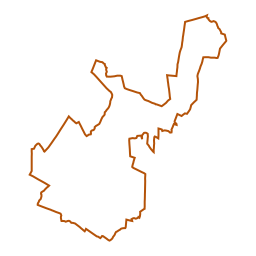 Rongai, Rift Valley, Kenya (orthographic projection)
{"feature_id": "3690345B22198050855445", "entity_name": "Rongai", "entity_type": "district", "adm_level": 2, "iso_a3": "KEN", "parent_name": "Kenya", "parent_adm1": "Rift Valley", "projection": "orthographic", "projection_center": [36.019, -0.061], "detail": "fine", "context": "isolated", "style": "outline", "palette": "amber", "viewbox_px": 256, "rotation_deg": 0, "n_neighbors": 0, "source": "geoboundaries", "source_scale": "gbopen_adm2", "svg_char_len": 5716}
<svg xmlns="http://www.w3.org/2000/svg" viewBox="0 0 256 256"><path d="M145.2,181.1L145.1,178.3L145.3,175.2L145.3,174.0L144.0,173.1L142.0,172.2L139.2,170.8L136.2,169.3L133.3,167.9L132.2,166.9L132.7,164.7L133.3,162.8L133.6,161.4L134.1,159.7L134.7,157.8L130.2,156.3L130.0,153.6L129.8,149.2L129.4,143.9L129.2,140.1L129.4,138.7L130.6,138.5L132.6,138.1L134.1,138.3L135.1,138.3L136.4,138.0L137.3,135.9L141.1,135.6L142.1,139.2L142.0,135.5L144.0,132.9L145.1,132.7L146.4,132.9L147.7,133.8L147.9,136.5L147.7,138.1L147.6,139.6L147.4,141.6L147.2,143.7L148.2,144.9L148.9,145.8L149.5,147.0L150.3,148.1L150.9,149.0L152.1,150.4L153.0,151.5L153.7,152.1L153.7,151.0L153.6,150.2L153.8,148.8L153.9,147.4L154.0,145.2L154.2,143.5L154.1,142.5L154.0,140.2L154.2,138.6L154.3,137.2L154.8,136.5L156.1,137.0L157.3,137.8L158.3,138.4L158.5,135.4L158.5,131.7L158.5,128.5L160.0,128.9L161.8,129.5L162.3,131.0L164.3,130.4L165.8,130.5L167.1,130.8L168.4,131.1L170.1,132.6L171.5,132.4L171.7,130.8L171.5,129.6L172.1,128.3L172.7,127.0L173.2,125.6L173.9,124.0L176.6,124.9L176.5,124.0L175.8,123.2L174.9,122.7L174.6,121.3L177.4,114.0L181.6,116.0L182.5,115.2L183.4,114.5L184.9,113.4L187.0,113.8L189.0,111.0L190.1,109.3L190.7,107.2L191.2,105.1L193.9,102.3L194.9,101.4L196.6,99.8L196.9,95.2L196.9,94.2L197.0,92.6L197.3,90.0L197.5,87.5L197.7,84.9L198.0,82.0L197.9,79.8L197.9,79.2L197.4,76.1L197.8,74.1L198.5,72.3L199.1,70.8L200.0,68.3L200.5,66.5L201.6,63.9L202.4,61.3L202.6,60.1L203.3,57.3L205.4,57.2L208.4,57.2L211.1,57.7L212.8,57.7L214.8,57.7L216.5,58.0L217.6,57.9L218.0,56.8L218.5,55.7L218.9,54.2L219.2,52.7L219.6,50.7L220.0,48.6L223.1,44.7L225.9,41.4L226.2,41.0L226.3,40.7L225.6,38.0L225.3,36.8L224.8,34.6L221.2,33.4L221.2,32.3L220.6,31.1L219.8,29.6L219.6,29.2L219.2,28.8L218.2,28.0L217.9,26.8L217.3,25.7L217.0,24.4L216.5,23.3L215.5,21.9L213.6,21.1L212.3,21.6L211.8,21.7L211.3,21.8L209.9,21.0L209.4,20.4L208.4,19.3L208.4,18.2L207.3,17.9L206.5,16.7L206.9,15.4L205.0,16.3L202.4,17.1L198.7,18.1L196.0,18.9L192.1,20.0L188.2,21.0L185.1,21.9L184.9,23.5L184.5,26.1L184.2,28.5L183.9,30.6L183.5,33.2L183.2,35.4L182.9,36.9L182.8,38.1L182.6,39.8L182.6,40.2L182.2,42.6L181.9,45.3L181.6,47.2L180.4,50.4L179.9,52.0L179.8,52.3L179.7,52.8L179.3,54.9L178.9,57.2L178.5,59.7L178.1,62.2L177.5,64.3L177.4,67.4L177.1,69.5L176.9,71.7L176.6,73.8L176.4,76.1L173.1,75.8L169.7,75.5L167.1,75.2L167.4,77.8L167.7,79.5L167.8,81.0L168.1,82.9L168.3,84.5L168.5,86.1L168.6,86.7L169.0,89.0L169.3,91.7L169.6,94.3L169.8,96.6L170.2,99.0L168.1,100.5L166.0,102.9L163.7,104.7L161.7,106.2L159.2,105.3L156.4,104.3L155.6,104.3L154.9,103.7L152.2,102.9L148.3,101.0L147.0,100.6L145.3,100.0L144.4,99.5L143.7,98.6L143.5,98.4L142.9,97.5L141.7,95.7L140.8,94.7L139.9,93.1L137.2,92.5L134.5,91.6L132.7,91.0L131.4,90.6L129.5,90.0L126.9,89.1L124.8,88.2L124.0,86.2L123.7,84.5L123.4,83.3L123.1,82.0L123.0,81.6L122.5,79.7L122.1,77.8L121.7,76.1L120.4,75.7L117.1,75.7L114.4,76.3L110.4,76.7L106.8,76.6L106.2,75.4L106.0,73.5L106.8,71.8L106.3,70.3L106.1,69.0L106.7,67.9L105.8,67.2L105.4,66.2L104.9,65.2L104.8,64.0L103.5,63.4L103.0,62.7L102.4,62.2L100.0,61.8L96.1,60.3L95.0,63.1L93.9,65.9L92.8,68.7L91.6,71.6L91.4,72.1L94.0,74.3L95.2,75.6L96.6,77.1L99.0,79.8L101.5,82.6L104.2,85.6L106.5,88.2L109.7,91.2L110.4,91.6L111.0,92.2L111.4,93.0L111.6,93.4L112.1,94.4L112.2,94.7L112.2,95.7L112.1,96.1L112.1,96.6L112.0,97.5L111.4,98.4L110.9,99.8L110.3,101.2L110.2,102.8L109.8,104.7L109.3,106.2L108.7,107.5L107.8,108.7L106.7,109.9L105.7,111.4L104.8,112.2L104.7,113.2L104.7,113.8L104.6,114.6L104.3,115.1L103.9,115.5L103.1,116.4L102.7,116.8L102.3,117.3L102.1,117.8L101.7,118.6L101.3,119.4L100.8,120.7L100.2,122.1L99.3,123.9L97.6,125.0L96.0,125.9L94.7,127.1L94.7,128.4L94.2,129.3L93.5,130.1L92.2,130.3L90.9,131.4L90.8,132.0L91.0,133.2L90.8,134.3L89.7,134.5L88.6,134.7L87.7,135.5L86.6,136.1L85.0,134.3L83.3,130.9L82.3,129.0L80.8,125.9L79.9,124.2L78.8,122.0L76.3,123.3L75.1,122.4L73.9,121.2L72.7,120.3L71.8,119.3L70.6,118.3L69.7,117.4L68.8,116.4L66.8,119.7L63.8,124.5L60.6,129.4L57.6,134.2L55.9,136.8L54.5,138.7L51.6,142.9L48.4,147.4L44.5,151.6L44.0,151.3L43.5,150.0L42.2,147.9L41.2,146.4L40.2,145.4L39.8,144.5L39.2,143.9L38.9,143.7L38.5,143.5L37.4,143.8L35.4,145.7L34.0,148.7L31.7,149.1L31.7,151.9L31.8,153.3L31.7,156.7L31.7,161.4L31.7,166.1L31.7,171.0L29.7,174.7L32.8,176.2L38.1,179.3L41.0,180.9L44.8,183.0L49.1,185.6L48.1,186.6L46.9,187.5L45.8,188.6L44.8,189.6L44.1,190.6L42.9,191.3L42.6,191.5L42.1,191.8L41.2,192.5L41.0,193.9L41.4,194.4L41.5,196.1L41.2,197.4L40.7,199.0L39.2,200.5L38.8,201.8L38.1,202.9L37.7,204.0L37.7,204.9L42.8,206.9L44.2,207.4L45.7,208.0L49.6,209.4L50.6,209.7L51.6,210.2L53.5,210.9L54.9,211.5L56.1,212.0L59.5,213.2L60.6,213.7L61.3,215.4L60.9,216.9L60.9,218.0L61.0,218.5L61.2,219.4L61.2,219.8L61.5,221.0L63.4,221.0L64.5,221.1L65.7,221.7L66.3,221.5L66.9,221.3L67.6,221.0L68.9,220.8L70.1,221.4L71.3,222.8L73.0,222.9L75.1,223.5L76.8,224.8L79.7,227.0L81.1,228.3L81.8,228.9L82.6,229.5L83.2,230.1L84.7,231.3L85.5,230.0L86.0,228.9L89.2,231.1L92.9,233.7L96.8,236.4L98.2,236.7L99.2,237.4L100.3,238.1L101.4,237.0L102.1,236.0L103.1,236.2L106.9,238.9L107.6,239.5L108.8,240.3L109.6,240.6L111.0,239.7L112.3,238.5L112.8,237.5L113.2,236.7L113.8,236.0L114.4,235.2L114.8,234.5L115.2,233.4L115.6,232.7L116.1,231.9L117.3,231.4L118.5,230.5L119.9,229.8L120.8,228.9L121.3,228.6L123.0,228.2L125.3,228.1L125.7,227.2L126.4,219.6L130.2,220.6L132.2,221.0L132.1,220.6L131.5,219.2L132.6,218.5L134.0,218.1L135.8,218.7L137.1,218.2L137.4,218.1L138.0,217.8L138.4,217.0L139.4,217.7L139.5,217.4L139.9,216.3L140.2,214.2L140.2,212.7L140.1,211.8L141.5,210.8L143.8,209.2L144.3,208.9L144.6,208.8L144.6,207.8L144.7,206.5L144.7,204.3L144.7,201.5L144.8,199.4L144.9,195.7L144.9,194.3L145.0,191.6L145.2,181.1Z" fill="none" stroke="#b45309" stroke-width="2"/></svg>